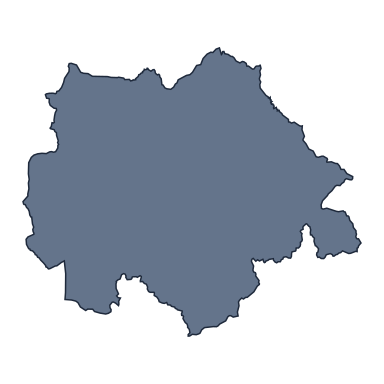 outline of Bealanana, Sofia, Madagascar
{"feature_id": "10022922B56468572037030", "entity_name": "Bealanana", "entity_type": "district", "adm_level": 2, "iso_a3": "MDG", "parent_name": "Madagascar", "parent_adm1": "Sofia", "projection": "robinson", "projection_center": [48.911, -14.561], "detail": "fine", "context": "isolated", "style": "filled", "palette": "slate", "viewbox_px": 384, "rotation_deg": 0, "n_neighbors": 0, "source": "geoboundaries", "source_scale": "gbopen_adm2", "svg_char_len": 5897}
<svg xmlns="http://www.w3.org/2000/svg" viewBox="0 0 384 384"><path d="M23.0,201.6L23.6,204.0L24.1,204.5L25.3,204.6L26.6,207.5L27.9,208.6L29.2,211.3L29.8,215.0L30.9,217.0L31.7,217.1L32.5,224.0L33.7,227.1L32.8,229.5L33.1,231.5L33.9,233.2L33.8,234.3L28.0,236.9L26.1,239.3L26.5,244.4L28.7,248.7L29.9,249.1L30.3,250.3L32.6,250.9L34.8,253.2L35.2,254.6L36.7,255.2L37.6,257.2L39.0,257.7L40.7,260.1L43.5,262.9L45.7,265.6L45.9,266.9L47.2,267.4L48.4,268.9L49.8,268.7L55.2,266.0L56.9,265.8L61.3,262.5L64.3,260.9L65.7,273.7L65.5,292.7L65.0,299.5L71.5,300.0L75.8,301.1L78.0,302.7L80.4,307.0L85.7,310.5L87.7,309.1L92.7,309.2L94.5,311.5L100.1,313.1L105.7,314.0L108.4,313.3L110.9,311.7L111.1,309.7L110.0,307.7L109.8,305.2L112.2,302.2L113.4,302.0L115.6,303.1L118.5,305.6L118.9,304.2L118.7,301.2L120.4,298.0L118.1,297.7L116.6,295.9L118.5,293.9L116.1,288.5L116.0,283.8L116.5,282.1L116.2,281.4L117.9,279.9L120.1,279.0L121.6,274.7L123.7,273.6L125.2,274.2L126.0,276.0L125.8,277.3L127.2,279.7L130.9,279.4L131.8,278.6L132.2,277.1L132.9,276.8L136.3,276.7L137.3,277.3L140.1,275.7L141.3,276.5L141.3,277.1L140.3,280.8L140.4,281.7L142.6,281.5L144.3,283.4L146.4,284.2L147.6,287.0L147.3,289.0L148.6,291.5L150.1,292.3L154.0,292.3L154.4,292.9L154.2,295.5L156.8,297.0L158.5,299.4L159.2,301.7L162.2,303.0L164.3,303.4L166.7,302.5L167.7,304.8L170.6,305.1L171.4,306.3L174.7,307.1L175.3,308.4L177.0,309.1L177.4,309.8L182.1,311.0L182.2,312.1L181.5,313.7L181.7,315.4L182.6,315.4L183.5,316.4L183.0,318.6L185.2,322.5L187.1,324.1L187.7,326.1L187.6,327.3L189.3,329.4L189.9,332.8L188.2,334.5L188.2,336.1L189.7,336.0L192.3,334.3L196.2,334.7L198.7,333.9L200.0,333.2L201.7,329.8L204.5,327.6L213.4,326.6L216.5,326.7L217.9,326.0L219.8,324.0L225.7,320.9L227.9,316.7L229.3,315.7L230.9,315.7L233.2,317.1L238.1,316.0L237.4,312.0L239.0,305.8L238.5,301.9L239.5,300.2L241.6,298.1L243.5,299.0L245.6,297.4L247.3,297.3L253.9,291.8L257.3,286.1L259.3,284.5L259.4,283.7L258.6,282.5L259.0,280.5L255.7,276.0L255.9,274.1L255.4,272.7L253.7,272.0L252.9,270.2L253.6,266.0L251.5,261.6L251.6,260.0L252.2,259.0L253.2,258.4L255.8,261.2L257.6,259.8L259.5,261.0L262.9,259.3L263.8,262.0L264.4,262.6L265.2,262.3L265.9,261.1L268.2,260.2L269.1,259.4L273.3,258.7L273.5,260.2L275.1,262.1L276.7,262.8L278.0,261.8L280.4,261.7L281.3,259.7L282.9,259.0L283.4,257.3L286.1,256.7L288.5,258.0L290.6,258.1L291.4,256.6L291.6,253.1L292.1,251.8L295.4,251.1L295.8,250.7L296.2,248.0L298.5,248.0L300.1,246.2L300.5,244.5L300.4,242.3L301.6,241.5L302.3,239.9L301.6,235.5L302.0,233.5L301.1,232.8L300.3,231.3L301.1,230.2L303.1,229.3L302.9,227.4L303.3,226.3L306.0,223.9L306.7,223.8L308.7,226.1L309.9,226.8L310.7,229.9L310.3,232.5L310.5,234.9L311.7,234.9L312.9,236.8L314.4,238.2L314.0,241.2L315.3,245.7L316.3,246.1L318.5,248.7L318.0,251.9L316.9,252.8L316.6,254.9L317.8,257.4L319.3,257.1L321.2,258.5L323.7,258.6L325.0,257.3L326.3,254.7L330.3,253.6L332.3,254.6L333.0,256.1L334.1,256.1L335.9,254.7L337.4,254.4L338.8,253.1L340.7,252.6L342.5,250.9L348.7,253.5L350.6,253.3L355.8,251.3L357.1,251.6L357.1,248.2L358.1,247.6L358.6,245.8L361.0,243.0L358.5,238.8L357.1,238.9L356.2,237.8L355.8,236.5L356.5,234.1L356.0,232.8L356.0,230.8L353.4,227.5L352.8,223.8L349.8,220.4L348.9,216.8L348.2,216.0L346.6,215.8L345.2,212.0L343.9,211.7L343.2,210.9L338.5,211.7L336.3,211.3L326.8,208.2L323.1,209.1L321.5,208.4L321.1,204.8L322.6,200.7L327.4,195.6L328.3,193.9L331.9,190.7L335.2,186.2L336.9,185.3L340.0,185.6L341.9,183.4L343.8,182.2L344.9,179.7L346.3,178.7L350.1,179.8L351.7,179.8L352.6,178.7L352.7,176.6L346.8,173.6L344.0,169.4L341.0,169.4L339.5,166.0L337.5,163.6L335.3,163.4L331.4,161.8L327.0,162.2L326.7,161.2L327.5,159.5L327.1,158.4L323.3,156.2L321.9,156.2L318.2,157.3L316.1,156.7L313.2,151.1L308.8,149.0L306.0,143.8L303.1,140.4L303.0,139.5L304.4,136.3L302.0,129.8L302.3,125.9L301.1,126.2L299.4,125.7L294.2,122.2L291.4,123.1L290.0,122.1L288.6,121.9L288.4,119.4L282.5,115.0L281.9,113.6L279.4,111.5L279.2,110.4L277.4,110.8L277.7,109.5L276.8,109.4L276.3,107.4L273.8,108.6L273.5,107.8L274.1,106.3L273.6,104.9L272.8,104.7L272.7,103.9L271.5,104.2L271.1,103.5L271.3,102.7L270.7,102.5L270.8,102.0L271.9,101.5L271.0,100.8L271.0,99.9L270.3,99.8L270.2,97.5L269.5,98.3L269.0,97.6L268.4,97.9L268.1,96.8L266.0,95.5L260.2,88.1L259.8,84.6L260.7,81.9L259.6,79.9L259.4,78.5L260.5,74.9L259.8,71.0L261.0,68.5L260.1,64.6L260.0,65.5L259.0,66.0L256.6,66.1L255.7,66.5L253.9,69.0L252.5,69.1L248.5,66.1L246.9,66.2L246.2,63.4L243.9,61.8L242.3,61.5L239.9,62.9L236.8,61.4L235.8,60.7L234.2,58.0L232.5,56.5L230.9,56.4L228.1,54.4L224.8,53.7L223.9,51.5L222.7,51.6L222.1,53.7L221.4,54.5L219.4,47.9L216.1,49.1L212.9,52.5L210.8,52.2L207.1,54.1L203.1,58.5L200.7,64.6L196.6,65.5L192.5,72.3L189.9,74.7L186.5,75.4L178.2,79.8L177.0,82.9L175.3,84.1L173.7,87.1L170.8,89.3L166.8,88.8L164.9,87.9L163.0,85.0L161.9,84.7L161.2,78.8L159.8,76.8L159.6,75.2L158.8,74.3L157.5,74.9L156.1,73.9L155.3,72.9L155.0,70.9L154.1,69.6L153.0,69.7L150.9,71.2L148.7,69.8L147.7,68.3L147.1,68.3L146.8,69.4L144.9,69.7L144.3,69.3L143.9,70.6L142.5,71.7L142.6,72.6L141.0,73.2L140.0,74.4L138.8,74.7L138.2,76.5L135.5,78.8L135.7,79.7L133.7,80.1L133.2,79.8L132.4,80.5L130.6,80.9L129.4,79.4L124.7,79.6L123.7,78.1L118.6,77.2L117.4,77.6L111.0,77.4L107.6,76.6L92.4,76.3L88.0,73.6L83.6,73.3L80.7,72.3L76.5,65.0L71.2,63.3L69.2,63.6L68.3,66.3L69.2,68.0L69.0,71.6L64.6,78.3L63.6,82.5L61.6,87.4L58.9,90.9L56.9,91.4L56.3,93.2L55.5,93.7L52.9,93.2L49.3,93.3L46.3,93.9L45.4,94.7L46.6,98.2L49.0,98.6L49.3,99.1L49.1,102.2L50.2,105.3L54.0,108.2L56.3,108.5L56.6,110.2L55.3,112.6L54.6,115.8L54.0,120.2L54.3,122.3L53.5,123.0L52.0,122.7L51.3,126.5L50.1,128.1L50.5,128.7L54.2,129.7L54.9,131.5L56.4,132.6L56.6,135.5L58.3,140.9L57.6,142.6L58.6,144.4L57.9,145.3L57.8,148.0L55.6,151.7L53.5,152.2L51.5,151.6L49.6,151.9L46.3,153.6L41.9,153.3L37.7,153.8L33.9,155.1L31.3,157.4L28.7,162.7L28.4,173.9L29.2,179.5L28.4,183.0L28.9,188.7L27.8,194.0L27.9,196.0L23.0,201.6Z" fill="#64748b" stroke="#1e293b" stroke-width="1.5"/></svg>